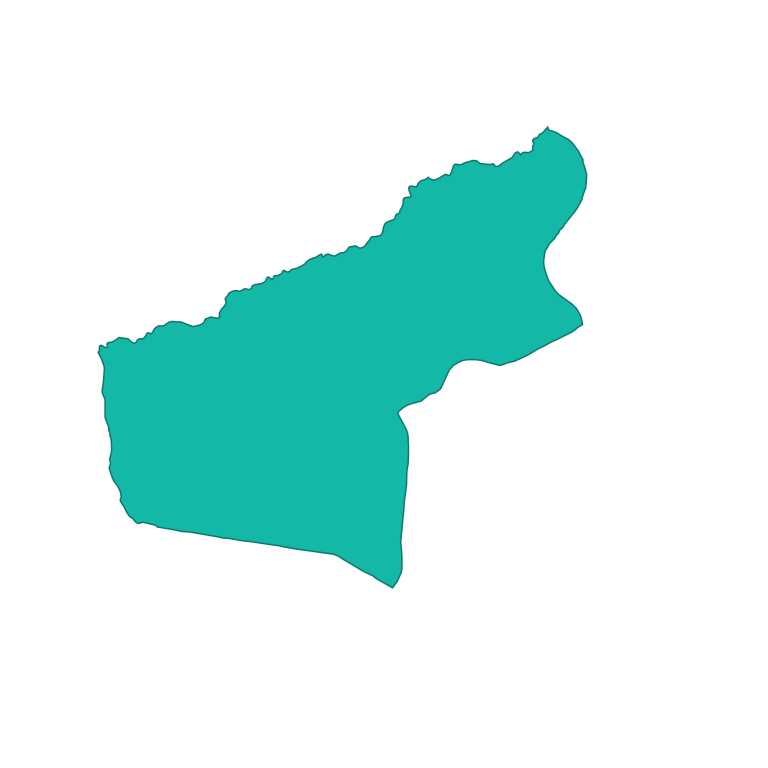 Joyabaj, Quiché, Guatemala, rotated 149°
{"feature_id": "79465075B91239548931928", "entity_name": "Joyabaj", "entity_type": "district", "adm_level": 2, "iso_a3": "GTM", "parent_name": "Guatemala", "parent_adm1": "Quiché", "projection": "robinson", "projection_center": [-90.834, 15.008], "detail": "fine", "context": "isolated", "style": "filled", "palette": "teal", "viewbox_px": 768, "rotation_deg": 149, "n_neighbors": 0, "source": "geoboundaries", "source_scale": "gbopen_adm2", "svg_char_len": 6167}
<svg xmlns="http://www.w3.org/2000/svg" viewBox="0 0 768 768"><g transform="rotate(149 384 384)"><path d="M119.6,440.0L116.8,442.9L111.9,446.9L109.9,448.4L104.5,456.0L102.0,460.0L101.8,462.3L101.0,463.5L99.0,472.5L98.0,473.5L97.4,483.6L98.5,494.1L100.1,498.9L102.9,503.3L106.7,510.7L112.1,517.1L111.3,519.9L114.3,519.0L118.5,517.6L119.7,517.5L122.2,517.8L124.8,516.5L125.5,516.3L126.5,516.4L128.9,517.0L129.7,517.0L130.8,516.4L131.5,515.1L131.7,513.3L132.2,512.1L133.3,511.7L134.1,511.2L134.8,510.3L135.9,507.6L136.9,507.7L140.1,507.7L141.3,508.1L143.9,510.0L144.9,510.6L146.3,510.7L147.6,510.3L148.9,510.1L149.4,512.6L149.4,513.6L150.9,514.5L151.8,514.5L153.3,514.1L156.9,512.3L158.4,512.1L165.3,512.3L168.3,512.3L173.1,511.8L174.5,511.9L175.4,512.3L176.3,513.1L176.8,515.6L177.2,516.7L179.7,517.3L181.1,518.2L187.5,523.0L188.5,524.4L189.6,527.3L190.3,528.2L192.2,529.5L193.9,530.2L195.5,530.5L200.1,531.8L201.4,532.0L203.0,532.1L205.5,532.3L206.3,532.8L207.0,533.6L208.9,535.2L210.0,535.8L211.2,535.6L212.4,534.9L216.8,531.1L218.7,529.7L219.5,529.3L220.6,529.2L221.6,529.6L222.3,531.0L223.1,531.8L224.4,532.1L229.4,532.1L232.0,532.2L235.1,532.7L236.2,533.2L237.1,533.9L238.8,536.0L239.4,537.1L239.5,538.3L240.7,538.1L243.8,538.1L245.2,538.5L246.5,538.9L247.3,539.1L248.1,539.1L250.9,538.5L251.7,538.2L253.3,536.9L254.7,536.4L255.8,537.0L258.5,539.5L259.6,540.0L260.8,540.0L261.6,539.6L262.3,538.3L262.6,537.5L263.1,535.9L263.4,533.4L263.8,531.6L264.4,530.8L265.7,530.9L269.5,532.7L270.8,532.9L272.1,532.5L273.1,531.3L273.9,529.7L274.6,528.8L275.7,527.8L278.4,525.8L280.3,524.9L281.2,524.3L281.7,523.3L282.7,522.7L284.4,522.9L285.7,523.0L287.5,522.3L288.5,521.1L289.5,520.3L290.2,520.0L291.0,520.0L291.9,520.1L294.0,520.4L295.0,520.7L297.9,521.1L298.8,521.2L300.5,520.9L302.5,519.6L304.0,518.2L306.6,515.3L308.0,514.1L309.4,513.3L311.2,513.4L314.4,514.3L316.1,515.0L318.0,516.2L319.0,516.4L320.7,515.8L322.8,514.6L326.7,513.4L328.1,512.6L329.5,512.0L331.8,512.0L333.3,512.3L334.3,512.7L335.3,513.4L336.9,516.5L337.6,517.2L338.4,517.6L339.3,517.7L340.4,518.1L341.3,518.7L342.2,519.0L343.3,519.1L344.6,518.9L345.9,518.1L347.4,517.6L348.4,517.4L350.0,517.4L350.8,517.4L352.1,517.8L353.3,518.5L354.1,518.8L359.9,519.0L361.0,519.4L362.0,520.3L364.7,523.9L366.2,524.7L368.3,524.7L370.5,524.0L371.0,525.3L370.7,526.1L370.7,527.5L372.8,527.8L376.8,527.7L377.8,527.8L380.2,528.5L383.2,529.0L384.9,529.0L386.7,528.7L388.6,528.2L389.9,527.6L390.8,527.6L392.6,527.6L397.4,527.9L399.4,528.2L403.3,529.5L404.5,529.7L405.7,529.3L407.4,529.1L408.5,529.3L409.3,529.9L410.0,530.8L411.3,533.0L412.3,533.1L414.4,531.6L415.3,531.4L416.7,531.3L418.2,531.5L419.8,531.9L421.5,533.0L422.5,533.1L423.5,532.7L424.4,531.7L425.6,531.2L426.6,532.2L427.2,533.3L427.5,534.5L427.9,535.2L429.4,535.4L430.6,534.6L432.2,533.3L433.5,533.0L435.6,533.0L437.8,533.4L440.0,534.1L442.6,535.4L443.4,535.7L445.6,535.9L446.4,535.9L447.6,534.9L448.7,534.3L450.1,534.2L451.2,534.5L453.3,536.6L454.3,537.3L455.6,537.5L459.4,537.6L460.3,538.0L461.1,538.9L462.3,539.8L463.5,540.6L465.0,541.2L466.2,541.5L468.2,541.8L470.1,541.7L470.9,541.4L472.7,540.1L474.1,539.7L475.2,539.5L476.0,539.1L476.5,538.1L477.0,535.7L478.3,534.3L480.5,533.0L484.5,531.8L485.5,531.4L487.9,530.0L489.3,528.4L490.0,527.2L490.2,525.9L492.6,526.1L493.7,526.6L496.9,529.7L498.2,530.7L499.3,530.9L501.0,531.1L503.6,531.7L504.5,531.2L505.4,530.4L506.7,529.5L507.8,529.2L509.3,529.2L511.3,529.4L516.3,530.9L518.4,531.8L519.5,533.1L523.7,538.6L525.1,540.6L526.0,541.6L527.3,542.6L528.5,543.2L530.0,544.1L532.4,546.1L533.8,546.9L535.0,547.4L536.6,547.7L539.5,547.6L542.0,547.3L543.3,547.5L544.9,548.3L547.0,549.7L548.5,550.0L550.7,549.9L552.3,549.5L555.0,547.9L556.5,547.2L557.3,547.1L558.4,547.5L559.5,549.1L560.8,549.6L563.6,548.0L565.5,547.1L566.8,546.9L568.4,547.5L570.5,548.7L571.4,548.9L572.6,548.7L574.9,547.4L576.1,547.3L577.2,547.7L577.8,548.3L578.5,549.2L579.2,551.3L579.5,552.7L580.1,554.4L581.2,555.5L583.1,556.9L584.6,558.2L587.3,560.4L588.6,560.1L590.7,559.9L595.0,559.9L596.1,560.1L597.3,560.8L598.7,561.4L599.5,561.6L600.9,560.9L601.3,560.0L601.7,558.7L602.8,558.1L603.7,558.5L604.4,559.3L605.8,561.9L606.6,562.9L607.7,563.1L608.6,562.6L609.3,561.7L610.0,560.3L611.0,558.9L612.7,558.5L613.3,550.4L614.9,542.9L616.2,540.5L623.1,530.8L625.2,528.0L629.0,523.6L630.2,520.7L631.0,514.5L632.7,511.7L634.6,508.4L640.3,499.1L642.3,488.4L643.6,486.4L644.6,482.3L645.2,481.6L646.2,477.5L648.7,472.5L652.1,466.7L657.7,461.0L658.9,457.6L660.3,455.7L662.9,453.4L664.5,446.6L665.4,441.3L665.5,439.5L665.4,438.0L665.0,435.6L664.9,434.4L665.0,431.4L665.3,428.2L665.8,426.3L667.0,423.3L667.7,422.2L669.7,420.8L670.2,419.2L670.3,416.4L670.2,415.3L670.1,412.6L670.6,406.1L670.4,402.6L670.2,401.4L669.8,400.3L668.9,398.7L668.3,397.2L668.4,395.7L667.9,393.5L666.8,391.3L666.1,390.8L662.4,389.9L661.3,389.2L653.6,381.7L651.8,379.3L652.0,378.2L638.9,367.1L633.5,361.9L627.0,357.4L604.1,337.7L601.4,334.9L597.7,332.5L592.8,328.4L585.5,322.1L582.3,319.8L562.6,303.7L558.8,300.8L553.3,295.6L545.5,288.8L514.7,263.9L511.7,259.8L509.1,254.4L498.0,233.8L492.4,225.5L490.8,221.2L484.0,209.0L482.2,205.9L481.5,204.9L474.2,208.1L466.7,213.2L464.0,216.2L458.1,225.9L454.6,232.5L451.0,240.1L445.3,247.8L437.1,259.0L432.0,265.7L427.9,271.8L417.0,285.4L409.4,297.4L404.6,303.0L401.5,307.5L394.7,318.6L392.7,322.6L390.6,326.2L389.1,329.7L388.3,333.6L387.5,349.7L387.3,351.0L386.7,352.4L385.7,352.8L382.9,353.4L379.3,353.9L375.2,353.9L369.8,352.8L363.8,351.1L362.4,350.5L360.6,350.3L351.1,351.7L347.6,351.1L345.1,350.1L341.8,350.2L338.0,350.7L320.8,362.4L314.9,364.2L308.2,364.2L304.4,363.6L301.0,362.4L297.5,360.5L293.1,357.8L288.3,354.1L283.1,348.3L275.5,340.6L274.1,339.9L272.6,339.5L267.7,338.7L259.7,336.2L246.4,334.8L233.9,334.7L225.4,334.0L220.9,334.0L213.6,333.2L196.2,331.8L192.3,332.0L188.8,332.7L183.3,332.6L181.2,338.0L180.6,340.8L180.1,346.6L180.3,350.1L181.3,354.3L182.2,356.7L188.0,370.3L189.2,375.1L189.7,388.0L188.6,393.5L186.5,401.8L184.2,406.7L177.8,414.8L173.1,417.2L170.2,419.1L163.4,420.7L158.9,423.1L157.2,423.2L154.0,425.4L150.2,426.0L146.8,428.0L130.6,433.9L125.9,436.3L119.6,440.0Z" fill="#14b8a6" stroke="#0f766e" stroke-width="1.5"/></g></svg>